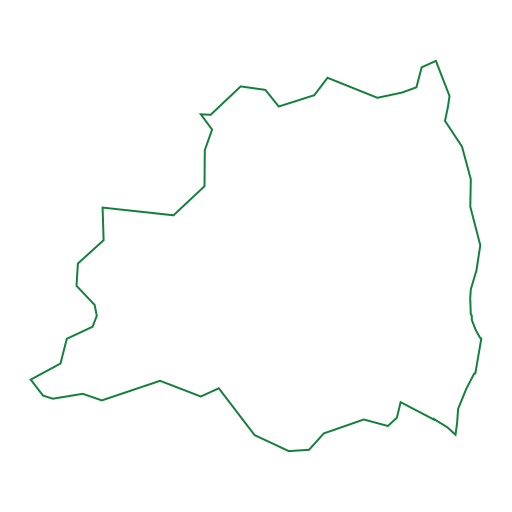 map outline of Magherafelt (Mercator projection)
{"feature_id": "GBR-2093", "entity_name": "Magherafelt", "entity_type": "District", "adm_level": 1, "iso_a3": "GBR", "parent_name": "United Kingdom", "parent_adm1": "", "projection": "mercator", "projection_center": [-6.651, 54.82], "detail": "fine", "context": "isolated", "style": "outline", "palette": "green", "viewbox_px": 512, "rotation_deg": 0, "n_neighbors": 0, "source": "natural_earth", "source_scale": "10m", "svg_char_len": 957}
<svg xmlns="http://www.w3.org/2000/svg" viewBox="0 0 512 512"><path d="M66.8,338.8L92.6,326.7L96.8,315.8L94.6,304.9L76.5,285.8L77.9,263.5L103.6,240.2L102.6,207.6L173.5,215.3L204.5,186.2L204.8,150.1L212.1,129.6L200.8,114.3L210.6,114.8L240.7,86.4L265.4,89.9L278.7,106.5L314.3,95.2L327.5,77.8L377.4,97.8L401.9,92.6L416.4,87.3L421.7,67.3L435.9,60.9L449.5,96.0L448.0,106.5L445.0,120.9L462.0,146.6L470.8,179.2L470.3,206.7L480.3,245.3L476.2,271.9L475.8,272.2L475.8,272.5L470.8,289.4L470.2,298.5L470.8,314.4L471.7,315.3L471.9,320.2L475.8,330.2L480.1,337.8L480.5,337.9L481.3,338.7L475.3,373.5L474.2,373.5L466.3,388.8L458.1,408.9L457.1,423.0L455.5,434.8L447.5,427.4L434.1,419.1L434.1,419.7L432.8,419.0L400.6,402.2L396.9,417.7L387.9,426.0L363.8,419.5L323.8,433.4L309.0,449.8L288.7,451.1L254.6,435.1L218.8,388.3L200.8,396.5L160.0,380.8L101.8,400.4L82.8,393.8L52.8,398.7L43.0,395.6L30.7,379.6L60.5,363.5L66.8,338.8Z" fill="none" stroke="#15803d" stroke-width="2"/></svg>